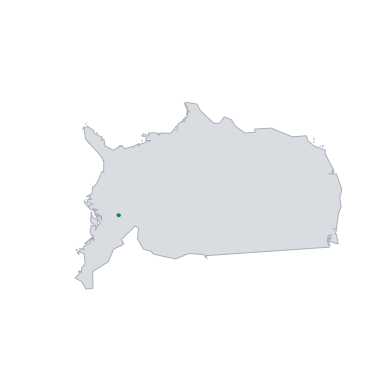 Harrison, West Virginia, United States of America (highlighted), rotated 158°
{"feature_id": "52423323B15878537434027", "entity_name": "Harrison", "entity_type": "district", "adm_level": 2, "iso_a3": "USA", "parent_name": "United States of America", "parent_adm1": "West Virginia", "projection": "albers", "projection_center": [-80.446, 39.285], "detail": "fine", "context": "in_parent", "style": "filled", "palette": "green", "viewbox_px": 384, "rotation_deg": 158, "n_neighbors": 0, "source": "geoboundaries", "source_scale": "gbopen_adm2", "svg_char_len": 4149}
<svg xmlns="http://www.w3.org/2000/svg" viewBox="0 0 384 384"><g transform="rotate(158 192 192)"><path d="M295.8,158.7L313.9,155.4L319.8,140.0L326.7,141.7L328.0,150.6L332.7,156.0L326.0,159.1L325.8,160.8L324.5,158.9L323.1,162.6L317.9,165.7L315.1,175.1L318.6,178.6L320.7,177.9L319.9,176.2L320.7,176.9L321.0,178.8L315.1,180.7L313.8,178.8L313.4,181.7L306.4,182.9L301.3,186.9L301.7,184.8L301.1,183.6L300.0,188.5L301.5,189.3L301.3,193.4L297.9,198.9L293.9,195.9L296.1,192.4L293.6,194.9L294.8,198.5L296.5,200.5L296.9,202.9L292.6,211.7L293.8,206.2L290.0,201.3L292.1,195.8L288.6,197.6L290.1,205.5L286.6,203.2L285.4,203.5L286.4,201.0L286.3,200.3L285.2,202.2L285.2,203.9L290.6,206.8L289.5,208.2L287.0,205.6L286.1,205.1L289.2,208.3L290.5,208.9L289.8,211.0L288.1,209.5L290.8,212.4L290.2,212.9L288.9,211.4L285.5,210.8L289.7,213.5L292.3,213.3L295.2,220.5L292.7,215.0L293.6,218.6L288.6,218.0L292.3,221.5L294.0,220.4L291.9,223.8L287.1,222.8L290.1,224.4L287.6,226.2L290.6,227.3L285.2,228.2L282.5,233.6L277.5,235.2L267.7,244.8L266.4,243.8L262.6,252.5L262.2,254.7L263.7,261.4L270.9,281.2L268.2,291.5L264.3,292.1L260.6,286.5L260.0,281.9L254.7,276.4L256.6,274.1L254.0,274.1L255.3,267.3L249.3,260.2L239.7,261.4L238.2,257.3L228.9,256.3L230.2,254.9L228.4,256.3L224.1,256.7L224.4,253.6L223.5,255.7L210.6,255.1L215.9,257.1L213.7,259.8L217.6,262.9L215.3,264.2L211.1,260.0L210.4,262.9L204.2,260.9L201.1,256.9L198.7,258.4L189.9,254.4L183.9,257.4L185.5,256.6L182.7,255.1L180.5,259.7L174.3,261.8L175.7,261.1L172.1,260.0L173.1,261.8L168.4,263.1L165.7,268.1L163.9,266.8L165.3,268.6L164.7,273.5L165.9,276.8L164.4,277.6L154.6,271.8L153.7,264.2L146.0,247.5L140.6,245.4L134.0,249.6L128.4,244.2L127.2,237.0L120.9,226.9L111.2,223.9L110.2,226.8L94.7,221.6L78.2,205.5L65.1,201.4L65.3,196.0L61.9,189.2L52.7,180.8L54.2,177.5L52.4,158.5L53.4,157.1L54.2,159.9L54.6,156.2L58.5,157.7L51.3,154.6L52.2,138.0L57.1,131.4L59.3,122.3L63.7,118.0L72.2,103.3L75.2,105.4L72.1,102.8L75.1,99.3L73.9,98.7L76.0,89.1L83.0,94.6L79.3,98.3L83.4,96.4L81.3,100.0L79.0,100.0L80.3,100.8L82.5,100.0L84.8,96.4L85.5,89.5L202.8,127.7L203.2,125.3L204.9,129.8L218.2,136.2L232.5,136.1L251.2,149.0L251.9,152.1L258.5,157.2L260.2,169.1L255.0,178.6L257.2,181.8L275.4,174.3L274.7,169.8L276.3,169.0L286.1,168.4L295.8,158.7ZM308.7,184.8L311.7,184.0L301.1,187.7L309.7,183.5L308.7,184.8ZM84.3,93.4L84.2,96.3L84.0,96.6L83.4,94.1L84.3,93.4ZM165.9,275.9L165.3,271.4L165.9,269.0L165.6,271.6L165.9,275.9ZM326.8,159.3L326.9,160.7L326.4,160.5L326.8,159.3ZM201.1,258.2L201.2,259.2L200.3,258.3L201.1,258.2ZM55.2,186.5L56.6,186.5L55.2,186.5ZM54.0,185.5L53.2,185.9L53.1,185.1L54.0,185.5ZM317.9,180.7L317.1,181.6L316.9,181.4L317.9,180.7ZM167.1,266.9L165.9,268.7L168.6,265.3L167.1,266.9ZM268.8,274.7L270.1,278.5L268.5,274.3L268.8,274.7ZM60.2,192.4L60.3,193.6L60.1,192.4L60.2,192.4ZM268.9,292.1L267.6,293.3L269.6,290.7L268.9,292.1ZM295.7,222.9L294.6,224.5L295.4,220.8L295.7,222.9ZM84.2,90.9L83.9,91.6L83.6,91.1L84.2,90.9ZM173.0,262.6L170.8,263.1L173.1,262.4L173.0,262.6ZM320.8,180.7L320.8,181.7L319.9,181.6L320.8,180.7ZM59.0,195.1L58.9,196.5L58.8,195.1L59.0,195.1ZM170.2,263.8L169.3,264.1L170.2,263.5L170.2,263.8ZM296.5,204.5L295.3,206.7L296.6,203.7L296.5,204.5ZM183.2,258.2L181.7,258.8L183.8,257.7L183.2,258.2ZM262.8,253.6L262.5,255.2L262.4,254.1L262.8,253.6ZM291.1,227.5L290.6,227.8L291.8,226.6L291.1,227.5ZM243.1,261.2L241.5,262.0L240.8,261.8L243.1,261.2ZM223.6,256.3L223.2,256.6L222.3,256.5L223.6,256.3ZM258.2,282.0L258.4,283.1L257.9,281.8L258.2,282.0ZM219.2,258.2L218.9,259.2L219.0,257.4L219.2,258.2ZM265.0,294.8L264.1,294.9L265.4,294.6L265.0,294.8ZM301.1,194.1L300.5,195.2L301.2,193.7L301.1,194.1ZM293.7,224.9L293.1,225.3L293.7,224.9Z" fill="#d9dde1" stroke="#a8b0b8" stroke-width="1"/><path d="M269.7,197.2L269.3,196.9L269.1,196.9L268.2,196.7L268.1,196.8L267.9,197.0L268.0,197.1L267.9,197.1L268.0,197.3L267.9,197.4L268.0,197.4L267.9,197.6L267.7,197.7L267.6,197.9L267.8,198.0L267.7,198.1L267.9,198.3L268.0,198.4L268.0,198.5L267.8,198.7L267.7,198.6L267.9,198.8L268.1,198.9L268.3,198.9L269.2,199.2L269.5,199.2L269.6,198.7L269.9,198.2L269.7,198.0L269.7,197.6L269.7,197.3L269.7,197.2Z" fill="#22c55e" stroke="#15803d" stroke-width="1.5"/></g></svg>